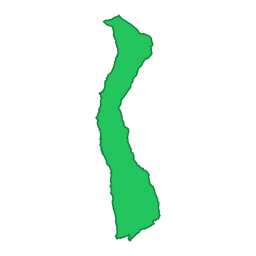 outline of Polovragi, Gorj, Romania
{"feature_id": "2599482B25892022881740", "entity_name": "Polovragi", "entity_type": "district", "adm_level": 2, "iso_a3": "ROU", "parent_name": "Romania", "parent_adm1": "Gorj", "projection": "albers", "projection_center": [23.807, 45.24], "detail": "fine", "context": "isolated", "style": "filled", "palette": "green", "viewbox_px": 256, "rotation_deg": 0, "n_neighbors": 0, "source": "geoboundaries", "source_scale": "gbopen_adm2", "svg_char_len": 5895}
<svg xmlns="http://www.w3.org/2000/svg" viewBox="0 0 256 256"><path d="M129.6,240.6L129.9,240.4L130.4,240.4L130.5,239.9L130.8,240.1L131.0,240.0L131.0,239.6L131.2,239.3L131.2,238.4L131.3,238.1L132.4,238.0L137.3,233.1L137.6,233.3L139.3,232.0L140.0,230.1L144.6,228.3L144.8,228.8L151.0,225.7L151.2,225.3L154.1,223.7L152.6,220.9L153.4,220.9L154.1,220.0L155.6,220.5L155.9,220.1L155.8,219.9L156.4,219.7L156.7,219.1L157.4,218.7L157.8,218.6L158.4,218.9L158.8,218.0L158.6,217.5L158.7,217.2L159.4,216.3L159.5,215.8L159.9,215.7L159.3,214.3L159.0,212.5L159.2,211.2L158.4,208.3L158.4,206.5L158.7,205.8L158.6,204.1L158.8,202.7L157.8,201.6L157.5,200.3L157.7,199.4L157.4,198.8L156.9,197.3L155.8,195.1L155.7,194.5L154.9,193.1L154.6,191.8L154.5,190.3L153.1,187.0L152.2,185.8L151.4,185.4L151.0,184.9L150.3,185.0L150.1,184.8L150.0,183.3L149.8,182.9L149.3,181.3L149.3,180.3L149.1,179.0L148.6,177.7L148.3,177.3L148.4,176.7L149.0,175.3L148.9,174.8L148.3,173.5L147.4,172.3L146.9,172.0L146.0,170.8L145.3,170.5L144.0,170.4L143.5,169.8L143.3,168.9L143.0,168.5L141.7,168.5L141.3,168.0L140.7,167.5L140.0,167.4L139.7,167.1L139.6,166.3L139.4,166.0L137.1,164.9L136.8,164.4L136.6,163.0L136.0,162.4L135.2,162.0L134.8,160.7L134.2,160.1L133.4,159.6L133.3,159.3L133.9,158.4L133.7,157.2L133.8,155.8L133.1,153.5L132.5,153.0L131.7,152.7L131.2,151.9L130.8,150.5L130.9,150.2L131.2,149.7L131.2,149.4L130.0,147.2L129.9,146.4L129.4,145.4L128.7,144.4L128.6,143.5L127.9,141.8L127.9,140.4L127.8,139.1L126.9,138.0L127.4,137.5L127.6,136.2L128.5,132.0L128.7,131.0L128.6,130.0L128.2,129.3L128.2,128.9L128.1,128.6L127.2,128.1L126.1,127.6L125.3,127.0L124.6,126.4L124.0,125.4L123.7,123.1L123.4,122.2L123.2,121.9L123.3,121.7L123.0,121.7L122.9,121.0L122.2,120.0L122.2,118.1L121.9,117.4L121.7,116.6L121.9,116.0L121.2,114.3L121.1,113.0L120.5,111.8L120.4,111.0L118.9,108.8L118.8,108.3L118.9,107.9L118.6,106.9L119.3,105.8L120.0,105.5L120.4,105.0L120.8,103.7L121.1,100.2L122.2,99.0L122.9,97.9L123.9,96.8L127.5,91.5L128.4,90.3L129.3,88.7L130.1,88.0L130.4,87.5L130.8,86.4L130.7,85.3L130.8,84.7L131.2,83.6L132.6,81.8L133.0,80.4L133.1,79.2L134.1,77.4L135.8,75.9L136.7,74.8L137.1,72.5L138.2,70.0L138.3,68.9L138.6,68.4L139.2,67.6L141.1,66.0L142.0,64.6L143.1,62.0L144.8,59.5L145.8,58.9L148.2,58.2L151.1,54.7L151.9,53.5L151.3,50.8L151.2,48.6L150.6,47.0L151.5,46.4L152.7,44.9L152.6,44.7L152.6,43.8L152.2,42.9L152.0,41.8L151.3,40.5L151.4,39.3L151.3,38.4L149.7,36.4L143.5,33.6L142.0,34.1L141.0,34.0L139.6,32.9L138.9,32.7L137.9,30.5L136.1,28.7L135.2,28.1L133.5,26.5L131.2,24.8L130.8,24.3L127.2,22.3L126.5,21.6L124.1,20.2L121.7,18.6L118.9,15.4L118.5,15.6L117.3,16.7L115.1,17.2L113.1,18.4L112.0,19.3L111.6,19.9L110.1,19.7L108.1,20.4L105.5,20.4L103.6,21.7L106.8,24.6L107.9,25.1L108.9,25.3L111.6,26.4L112.3,26.7L112.5,27.0L113.0,28.4L113.1,29.7L113.8,31.2L113.9,32.7L113.6,33.5L113.8,34.3L113.6,34.7L113.6,35.8L113.9,36.1L114.1,36.8L114.5,37.4L115.0,38.9L115.8,39.8L116.0,40.3L116.0,41.1L115.6,42.5L116.1,43.0L116.2,43.5L116.4,43.7L116.4,44.5L116.6,45.0L116.6,45.4L117.2,46.2L117.0,46.9L117.5,47.3L117.5,48.2L117.9,48.8L117.7,49.4L118.1,51.3L118.1,53.5L117.8,54.6L117.3,55.0L117.1,55.6L117.5,56.0L117.4,56.3L116.6,56.8L116.2,57.5L115.7,58.1L115.6,58.8L115.8,60.5L115.0,61.2L114.9,62.2L114.6,62.8L114.7,63.9L114.1,65.2L114.2,66.1L113.4,67.6L112.9,69.1L111.9,70.9L111.9,71.7L111.0,72.7L109.6,73.7L109.2,74.4L108.4,74.8L108.2,75.1L108.0,75.5L107.9,76.7L107.3,77.2L107.0,77.8L106.5,78.2L106.8,78.8L106.8,79.3L106.7,79.8L105.2,81.1L105.0,82.4L105.1,82.9L104.9,83.6L104.9,84.9L105.0,85.4L104.9,86.9L104.5,88.3L103.8,89.5L103.7,90.0L103.2,90.4L103.0,91.9L102.6,92.1L101.6,91.9L101.3,92.2L101.3,92.8L101.1,93.1L100.6,93.1L99.8,93.0L99.3,93.4L99.4,93.8L100.3,94.4L100.7,95.0L100.7,96.5L100.8,96.7L101.3,96.8L101.6,97.2L101.5,98.0L101.7,98.7L100.7,99.9L100.7,102.2L100.5,103.0L100.7,103.7L100.8,104.8L100.5,106.2L100.5,107.1L99.7,107.7L99.4,108.6L98.9,109.3L98.9,110.8L99.8,111.0L99.3,112.3L98.7,112.7L98.1,113.5L97.6,115.6L96.9,116.9L96.3,117.3L96.1,117.7L96.6,118.6L97.3,119.1L98.3,120.2L97.8,120.9L98.0,121.5L97.6,121.8L97.3,122.4L97.6,124.2L98.1,124.9L98.1,126.3L98.4,127.0L99.8,128.7L99.8,129.0L99.3,129.4L99.3,129.6L99.8,129.9L99.9,130.5L100.3,130.8L100.5,131.1L100.4,131.8L100.5,132.5L100.4,133.0L101.0,135.0L100.9,135.8L100.5,136.2L100.5,136.7L101.4,138.0L101.0,138.3L100.3,138.5L100.0,138.8L100.2,139.8L100.9,140.4L100.4,142.2L100.9,143.6L100.8,143.9L100.2,144.3L100.1,145.0L100.1,145.4L100.5,145.7L101.2,147.1L102.0,148.2L101.7,148.5L101.1,148.8L101.0,149.1L101.4,149.9L101.4,150.7L101.7,151.0L102.4,151.0L102.7,151.4L102.6,152.3L102.0,153.1L102.1,153.4L103.2,153.9L103.3,154.3L103.3,155.1L104.1,155.6L104.8,156.7L105.1,158.1L106.0,159.6L106.1,160.3L106.6,161.1L106.7,162.0L106.4,162.6L106.6,163.0L107.6,164.9L109.2,165.5L109.3,166.2L110.5,168.7L110.8,169.8L111.3,170.1L111.5,170.3L111.3,171.2L111.6,171.7L111.5,172.1L110.6,173.0L111.4,173.5L111.7,173.9L111.7,174.2L111.3,175.1L110.8,177.8L110.8,179.0L110.7,179.7L110.8,180.4L110.6,181.8L110.9,182.3L111.3,182.6L111.5,183.2L111.0,184.7L110.6,185.7L110.2,186.1L110.2,186.5L110.3,186.9L110.8,187.1L111.6,188.1L111.3,189.0L111.3,189.4L111.6,189.9L111.5,190.8L110.7,192.7L111.1,193.4L111.2,193.9L111.5,194.6L112.6,195.2L113.0,196.0L112.8,197.7L112.9,198.9L113.2,199.4L113.3,200.0L113.1,200.4L112.4,200.9L112.5,202.7L112.4,203.6L112.8,204.4L112.7,204.9L112.9,205.5L113.3,206.4L113.3,207.7L113.7,209.7L114.3,210.5L115.1,214.2L115.6,215.1L115.4,216.1L115.7,216.7L115.7,217.7L116.0,219.1L115.7,221.6L116.3,223.9L116.4,225.5L117.0,225.5L117.1,226.4L116.9,229.0L117.4,231.8L117.2,232.1L117.3,232.3L116.8,234.3L116.3,235.2L116.1,236.2L115.7,236.4L116.7,238.6L118.1,238.4L118.3,238.0L119.3,237.8L120.9,238.3L121.3,237.8L121.5,237.6L123.0,237.2L124.1,237.1L124.9,236.6L127.9,235.5L128.9,234.8L129.5,235.9L129.3,236.0L129.3,236.9L128.5,237.9L128.5,238.5L128.3,238.9L129.6,240.6Z" fill="#22c55e" stroke="#15803d" stroke-width="1.5"/></svg>